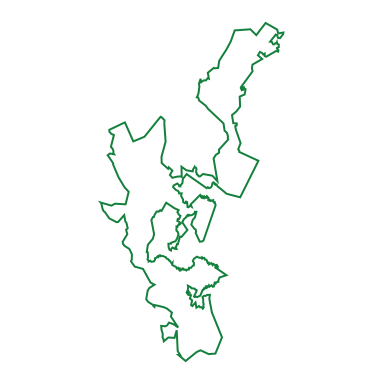 San Carlos Yautepec, Oaxaca, Mexico (Equal Earth projection)
{"feature_id": "50627088B30375363427606", "entity_name": "San Carlos Yautepec", "entity_type": "district", "adm_level": 2, "iso_a3": "MEX", "parent_name": "Mexico", "parent_adm1": "Oaxaca", "projection": "equal_earth", "projection_center": [-95.927, 16.423], "detail": "fine", "context": "isolated", "style": "outline", "palette": "green", "viewbox_px": 384, "rotation_deg": 0, "n_neighbors": 0, "source": "geoboundaries", "source_scale": "gbopen_adm2", "svg_char_len": 6059}
<svg xmlns="http://www.w3.org/2000/svg" viewBox="0 0 384 384"><path d="M265.6,23.0L256.3,35.1L250.4,29.3L234.7,30.4L230.8,41.3L226.5,49.4L219.3,60.6L218.1,68.0L214.4,68.3L213.8,67.9L207.8,72.8L208.9,78.7L207.7,78.2L205.8,80.5L204.0,80.3L201.1,82.2L200.6,78.8L198.9,83.8L199.4,86.6L198.4,93.8L196.9,97.3L198.2,97.5L199.2,100.6L205.7,105.7L208.1,108.9L223.5,123.4L224.6,130.7L226.9,132.8L228.0,136.2L227.7,137.8L228.2,139.5L219.0,149.6L219.1,152.7L215.9,154.8L213.6,158.4L217.4,181.2L212.4,175.7L203.0,174.0L200.1,176.4L198.7,176.3L198.4,175.4L196.8,174.4L196.9,173.6L196.0,171.9L196.5,169.2L196.2,168.1L195.6,167.4L194.5,167.7L194.4,167.2L193.1,169.4L192.7,171.4L186.4,170.3L181.5,166.7L181.7,176.9L180.6,176.4L177.3,176.6L172.4,177.8L169.9,174.9L172.4,170.7L168.8,167.3L168.1,168.8L161.7,163.1L161.5,156.8L165.6,141.7L164.3,123.6L164.5,120.2L161.4,117.1L160.6,116.8L159.4,118.2L144.4,136.8L133.3,141.4L124.9,122.4L109.3,129.8L109.4,131.7L111.1,133.7L113.9,135.1L110.9,146.9L112.5,148.6L113.5,151.3L113.3,152.7L114.2,154.3L110.0,153.5L107.7,155.2L113.2,163.3L113.1,164.5L118.6,177.4L124.5,187.2L128.7,191.8L125.6,204.3L115.0,203.7L111.4,205.6L100.6,202.5L101.3,203.4L102.6,209.0L103.6,211.1L105.0,212.2L109.3,218.4L116.6,222.2L118.1,222.0L124.2,215.1L125.3,221.3L126.4,222.8L127.7,228.2L126.1,229.8L127.3,234.2L122.7,241.7L122.9,243.7L124.5,245.8L129.4,249.0L131.9,254.3L131.8,259.5L131.0,261.3L134.7,266.6L143.0,268.9L150.5,282.5L154.5,284.7L149.3,288.0L147.7,290.6L146.2,299.3L148.2,301.9L153.3,305.1L153.4,306.1L154.4,306.9L154.5,305.0L163.9,307.2L167.0,308.6L171.9,312.6L170.9,316.5L178.2,327.5L173.5,324.2L169.0,322.6L167.2,325.3L165.3,326.3L161.2,325.9L161.5,329.6L162.8,334.2L162.5,337.2L163.4,339.0L163.8,341.3L168.3,337.5L174.5,337.9L176.7,330.2L177.7,351.1L180.3,355.2L178.6,355.1L185.6,361.0L196.7,352.0L200.5,350.3L208.7,354.1L215.4,353.6L222.0,337.3L211.9,312.5L209.3,298.6L209.9,294.8L207.2,294.9L205.7,295.9L203.9,295.9L202.5,297.1L203.2,299.0L203.2,302.8L203.7,304.0L203.3,305.7L203.7,307.4L202.8,308.7L201.5,307.2L200.0,307.3L199.0,306.0L196.4,307.7L195.5,302.5L192.4,306.1L191.1,305.1L192.1,300.3L189.9,298.5L191.0,295.2L188.2,294.8L186.6,292.6L186.9,291.9L188.7,292.9L189.6,292.8L187.7,290.2L188.2,287.6L187.9,285.7L190.6,287.1L191.6,288.3L194.6,288.6L195.4,289.7L196.5,289.9L196.7,290.8L194.0,296.5L194.7,297.1L196.1,296.6L197.2,297.1L200.3,295.6L202.7,289.8L203.3,289.8L204.1,288.3L204.6,288.8L205.2,287.9L206.1,288.0L205.9,286.3L206.8,286.2L207.2,287.3L208.0,286.3L208.6,286.6L209.0,285.5L209.6,286.6L211.6,285.2L212.9,286.8L213.9,286.4L214.6,283.0L215.5,283.7L215.8,283.5L215.7,282.4L218.3,281.8L218.1,281.1L219.5,277.5L226.4,275.2L216.1,268.0L217.7,267.7L217.9,266.7L217.7,266.4L216.7,267.0L217.1,266.0L216.7,264.1L216.4,265.3L215.4,266.2L214.9,265.1L213.3,263.9L212.6,265.1L211.2,263.1L209.1,264.4L208.7,262.6L207.7,263.1L206.5,259.8L204.9,259.6L204.3,257.9L203.0,258.2L202.1,257.4L201.8,258.5L200.9,257.7L199.5,257.8L196.9,256.7L194.0,258.7L192.8,260.9L193.9,262.8L193.9,265.4L192.8,265.7L190.8,267.9L189.0,267.8L188.9,269.5L187.1,269.6L186.3,270.5L184.8,269.4L184.1,269.8L183.2,269.4L183.0,268.5L182.4,268.4L181.8,269.6L181.0,269.5L180.7,270.4L179.9,270.7L179.0,269.6L179.9,269.3L179.7,268.5L179.2,268.7L178.2,267.7L176.9,268.6L176.0,266.9L172.3,265.1L172.5,262.7L171.8,263.6L169.4,260.3L168.9,260.4L168.0,259.0L166.5,258.5L165.8,257.2L162.5,255.9L160.5,256.2L160.2,255.3L159.3,255.4L158.4,257.0L157.6,256.3L156.5,257.8L155.0,258.3L155.0,259.7L154.0,261.4L151.3,261.8L150.1,260.7L148.7,261.5L148.7,260.8L147.5,259.5L148.0,257.7L147.8,252.5L147.4,251.8L146.6,252.9L147.9,244.7L152.9,238.7L154.1,234.2L151.4,220.0L152.9,217.1L153.9,217.0L154.5,215.0L156.6,211.5L158.7,211.7L159.5,210.5L160.5,210.7L160.8,210.3L161.6,210.8L166.2,202.7L174.4,208.2L178.6,210.1L177.4,212.1L178.9,214.7L180.5,215.9L179.1,219.0L177.8,218.9L177.3,220.9L179.4,221.9L180.6,223.6L179.6,224.6L178.9,224.1L177.7,225.7L177.5,226.8L176.5,226.5L176.4,230.6L177.6,231.6L178.5,234.0L177.2,238.3L175.5,241.2L171.2,242.7L171.1,243.6L168.4,243.7L168.6,247.0L169.4,249.6L170.9,250.6L171.3,248.9L172.5,247.5L174.7,248.8L176.5,249.0L175.6,247.1L176.6,245.7L176.9,244.2L177.8,244.3L180.0,236.6L181.5,236.9L187.4,230.0L182.3,222.3L183.7,219.4L186.5,216.9L186.4,216.4L187.2,215.5L187.9,215.8L188.2,214.8L189.1,214.9L189.2,215.5L191.9,215.1L194.5,213.3L194.9,211.7L196.4,211.8L194.9,217.4L192.7,220.0L191.3,224.7L194.5,228.9L195.7,229.5L196.1,231.5L195.7,233.0L199.8,241.7L201.8,241.5L203.5,240.5L215.6,205.2L215.2,203.6L214.5,203.2L214.8,202.2L213.2,201.6L213.2,200.1L210.9,200.9L210.6,200.3L209.5,200.7L209.3,199.8L208.3,199.9L208.5,198.0L207.0,197.8L207.5,196.8L206.9,196.2L206.5,197.2L205.7,197.1L205.0,197.9L204.5,196.7L204.1,197.2L203.9,196.9L203.0,198.2L202.0,197.8L202.5,196.8L202.4,196.2L201.4,195.8L200.9,196.6L200.1,195.0L190.7,204.4L191.6,206.7L190.1,205.8L188.4,207.3L187.5,207.0L187.1,202.0L186.0,201.6L185.5,203.0L184.9,203.2L183.1,202.0L183.1,199.6L181.1,196.0L181.6,193.3L179.1,193.5L178.7,191.7L178.0,190.9L175.9,190.0L173.1,187.1L173.5,185.6L177.2,183.5L178.7,184.7L179.3,186.3L180.3,186.4L180.2,185.9L182.4,183.1L182.9,178.9L186.6,174.1L206.7,188.2L207.8,187.2L208.8,188.1L210.6,187.7L211.7,186.3L212.6,182.8L213.5,182.3L214.5,183.1L214.7,184.3L215.3,184.7L215.7,184.1L216.6,184.4L217.4,186.2L226.7,193.8L240.2,197.3L258.4,160.8L239.2,151.9L239.3,150.8L238.2,149.3L240.6,143.1L236.1,130.4L235.4,127.3L235.4,125.8L236.5,125.6L236.9,124.2L236.7,123.4L233.3,123.2L232.0,115.1L236.4,111.4L240.1,106.6L239.7,96.6L244.6,94.5L245.6,89.3L244.4,88.6L243.9,87.4L243.2,88.1L243.2,89.8L241.8,90.2L240.9,88.2L242.4,87.0L241.3,86.7L252.6,71.3L251.9,68.1L252.5,64.6L262.2,59.0L257.9,55.3L260.0,51.9L262.1,53.0L263.3,54.5L264.7,53.6L264.7,56.1L266.2,56.7L276.1,51.0L278.2,51.6L278.4,50.2L276.9,48.4L277.0,47.8L278.8,47.1L278.8,44.5L277.4,43.9L277.0,42.4L276.7,43.4L275.7,43.1L274.0,44.4L273.1,44.3L271.9,42.0L270.1,41.7L275.7,34.6L277.0,35.1L278.2,38.0L280.0,38.2L283.1,34.2L283.4,32.5L278.2,33.5L277.2,29.6L265.6,23.0Z" fill="none" stroke="#15803d" stroke-width="2"/></svg>